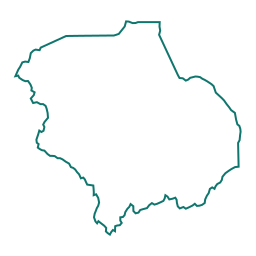 Alto Horizonte, Goiás, Brazil (Equal Earth projection)
{"feature_id": "56859067B49316936904557", "entity_name": "Alto Horizonte", "entity_type": "district", "adm_level": 2, "iso_a3": "BRA", "parent_name": "Brazil", "parent_adm1": "Goiás", "projection": "equal_earth", "projection_center": [-49.437, -14.179], "detail": "fine", "context": "isolated", "style": "outline", "palette": "teal", "viewbox_px": 256, "rotation_deg": 0, "n_neighbors": 0, "source": "geoboundaries", "source_scale": "gbopen_adm2", "svg_char_len": 2362}
<svg xmlns="http://www.w3.org/2000/svg" viewBox="0 0 256 256"><path d="M238.6,166.7L238.1,142.9L239.6,140.2L240.1,135.1L240.6,131.7L240.3,128.8L239.3,125.8L237.4,124.4L236.1,119.6L234.9,112.9L231.1,110.1L229.1,107.2L226.6,104.1L224.1,100.5L221.9,98.2L219.4,95.9L215.8,92.6L214.5,88.8L213.6,86.1L211.4,84.1L207.3,81.4L204.6,79.8L202.4,78.8L200.2,77.2L197.9,76.7L195.4,76.5L192.7,77.2L190.2,77.8L188.2,79.6L185.8,80.6L182.8,78.3L179.5,78.0L177.9,75.1L159.1,34.8L160.2,30.6L159.5,26.6L159.7,22.1L138.0,22.1L135.6,23.0L132.6,23.1L128.8,21.6L126.1,21.4L124.7,26.5L122.3,29.5L118.8,33.9L116.2,34.8L113.9,35.5L80.6,35.8L66.1,36.0L40.7,47.6L39.6,50.2L35.6,49.6L33.4,50.6L30.8,53.1L29.8,58.2L28.4,62.0L25.1,61.6L22.3,62.4L20.1,66.9L18.3,69.6L17.2,72.1L15.4,76.2L18.2,75.6L19.3,77.8L22.7,80.1L25.4,81.2L28.0,81.0L30.4,84.4L31.8,87.8L31.4,90.5L34.6,92.3L33.8,95.1L30.8,98.5L33.1,103.0L36.9,102.2L40.4,104.1L43.1,104.1L45.6,105.9L46.6,108.6L47.6,112.9L48.0,117.8L44.5,122.0L43.2,124.6L44.4,127.0L43.5,130.8L41.4,132.0L39.3,130.6L38.3,134.1L36.4,139.7L36.8,142.7L38.6,144.1L37.8,147.6L39.7,149.0L41.9,150.2L44.4,150.6L47.5,154.0L50.1,155.9L52.5,155.9L54.7,156.1L57.6,158.2L60.1,158.2L62.6,159.4L65.6,161.6L69.1,163.6L70.9,167.1L73.2,167.9L75.2,169.5L77.1,172.2L79.1,174.3L80.9,178.3L83.3,177.6L84.9,179.5L86.0,182.1L87.2,184.6L93.3,185.5L93.6,188.9L93.8,192.3L93.7,195.2L96.1,194.3L98.2,197.9L99.1,202.5L98.2,205.8L96.8,208.2L95.7,211.2L94.7,213.6L94.0,217.3L95.5,221.5L97.1,223.3L98.4,221.2L101.2,223.4L104.2,225.7L106.2,227.9L105.9,231.4L107.7,233.1L109.9,234.6L111.2,232.1L112.9,230.0L115.0,231.2L115.2,226.2L117.2,225.5L119.8,225.2L121.7,222.9L120.3,220.6L120.3,217.3L122.9,217.0L124.6,215.1L125.3,212.1L127.4,208.8L129.3,206.9L130.6,204.1L133.3,206.2L133.4,211.0L135.6,213.3L138.5,212.6L140.2,210.0L143.2,209.1L147.0,208.1L149.2,205.2L151.9,203.1L154.4,204.6L157.1,203.8L160.9,202.1L163.4,200.9L164.7,198.4L165.4,195.2L167.5,196.6L169.3,199.4L172.6,198.7L175.3,197.7L176.6,199.8L176.9,202.8L177.8,206.4L179.8,208.4L183.4,207.0L185.8,208.7L189.0,207.3L192.6,205.5L194.8,203.8L196.9,205.9L199.4,205.7L202.0,204.9L204.7,203.0L205.2,199.4L206.9,195.7L208.7,193.1L209.9,188.9L212.2,187.4L214.5,188.8L215.5,186.4L217.3,184.0L220.2,182.5L221.8,180.0L222.5,176.7L225.4,173.2L228.9,170.7L231.5,169.0L235.0,167.1L238.6,166.7Z" fill="none" stroke="#0f766e" stroke-width="2"/></svg>